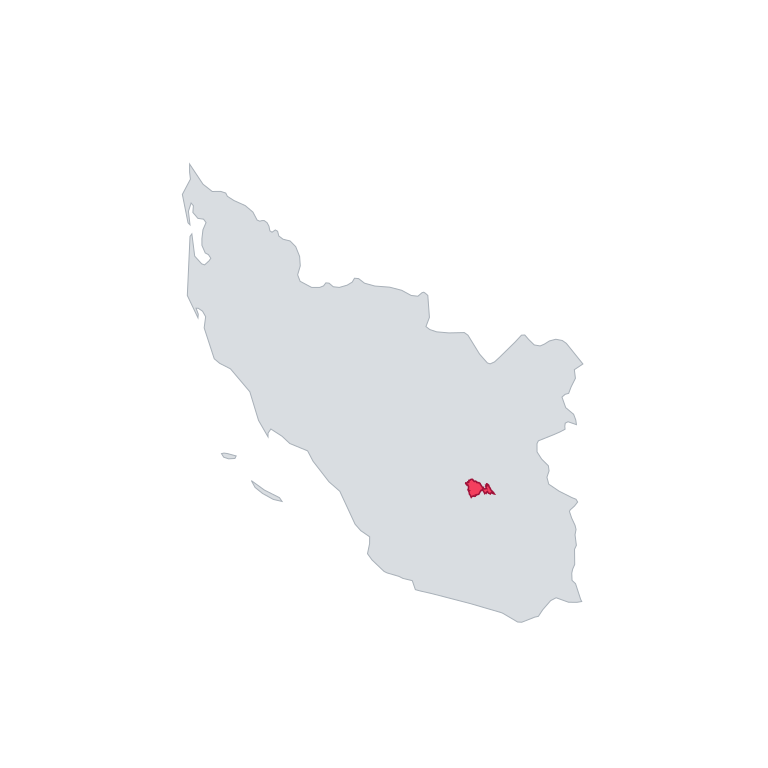 location of El Rosario, Comayagua, Honduras, rotated 234°
{"feature_id": "27666195B23416368136478", "entity_name": "El Rosario", "entity_type": "district", "adm_level": 2, "iso_a3": "HND", "parent_name": "Honduras", "parent_adm1": "Comayagua", "projection": "orthographic", "projection_center": [-87.754, 14.601], "detail": "fine", "context": "in_parent", "style": "filled", "palette": "rose", "viewbox_px": 768, "rotation_deg": 234, "n_neighbors": 0, "source": "geoboundaries", "source_scale": "gbopen_adm2", "svg_char_len": 6687}
<svg xmlns="http://www.w3.org/2000/svg" viewBox="0 0 768 768"><g transform="rotate(234 384 384)"><path d="M676.2,356.0L652.0,355.0L640.7,358.2L635.8,365.1L631.5,368.2L627.9,367.6L620.7,370.4L609.9,376.6L600.1,379.0L591.2,377.7L588.7,379.2L588.0,381.2L586.7,383.1L583.3,384.2L579.4,383.7L575.0,381.7L572.6,382.6L572.5,386.6L570.1,387.7L565.6,385.9L560.5,387.4L554.9,392.1L547.0,393.3L536.8,390.7L528.8,385.7L523.1,378.3L516.4,376.5L504.7,382.2L499.9,388.8L498.9,392.8L500.0,396.4L497.9,398.8L492.5,400.1L488.4,404.6L485.6,412.3L485.1,418.2L486.9,422.3L484.2,425.4L477.0,427.5L468.6,434.2L459.0,445.5L449.4,453.4L439.7,458.0L435.1,463.0L435.5,468.4L434.9,470.1L433.1,470.8L429.9,471.5L411.2,459.9L405.8,451.7L401.2,453.0L395.3,457.2L387.2,466.5L378.4,479.2L374.1,480.6L352.0,478.9L340.3,480.0L337.9,481.7L336.9,486.4L337.6,492.5L340.9,514.8L342.7,523.9L340.9,526.7L335.0,527.2L327.3,528.5L323.0,532.7L322.0,537.1L321.6,543.1L319.2,549.3L314.4,553.8L309.7,555.4L283.3,556.7L283.7,546.4L276.1,542.2L271.7,533.7L267.9,527.9L269.2,524.4L268.8,520.3L258.1,517.1L248.0,519.6L242.2,518.0L238.0,515.8L245.3,510.7L245.8,507.6L243.5,505.4L241.0,503.9L241.8,498.1L243.3,491.3L247.3,475.5L245.8,472.7L239.1,467.9L230.6,467.4L221.2,468.9L216.7,466.5L212.8,461.0L206.1,458.4L194.3,462.7L181.7,469.2L177.9,471.6L174.7,471.3L173.3,466.4L172.7,460.6L171.9,459.1L165.2,457.0L157.4,455.5L153.5,453.9L149.7,449.9L140.4,444.8L138.3,441.0L125.9,432.2L123.4,427.9L120.6,424.7L114.6,420.7L109.9,421.6L94.2,416.5L91.8,416.1L94.0,411.7L99.0,405.0L109.9,397.6L110.8,391.5L108.1,379.8L105.3,372.3L106.8,368.9L110.3,355.4L112.9,352.2L128.6,345.4L130.1,344.5L142.5,334.9L156.2,324.3L170.4,312.6L186.3,299.5L195.1,291.8L199.2,288.5L208.3,291.3L215.5,285.1L219.6,283.0L229.3,275.5L232.3,273.9L248.6,270.9L256.4,270.9L263.3,278.5L268.8,282.6L279.0,279.0L287.6,278.2L323.2,285.2L337.2,282.0L363.2,281.2L374.8,282.9L391.2,272.8L401.7,270.8L414.1,266.0L412.4,261.3L409.4,259.1L428.3,261.1L456.6,270.9L486.5,268.7L497.3,263.2L504.2,261.5L535.1,271.5L543.3,279.3L549.6,280.0L554.5,278.2L555.8,276.5L549.7,274.8L546.9,272.4L571.2,276.9L617.4,313.8L618.4,316.8L598.7,306.0L588.4,307.1L585.8,308.9L586.5,315.0L587.5,317.8L591.9,318.0L595.1,316.4L603.2,318.2L608.6,322.1L615.2,328.2L619.2,334.9L623.4,334.9L627.4,330.8L635.1,330.2L640.3,334.6L643.8,334.3L638.7,327.3L626.8,320.6L629.6,320.2L655.9,332.3L663.5,347.8L669.7,351.3L676.2,356.0ZM368.5,224.9L353.5,232.6L348.9,232.5L355.7,226.6L366.8,221.4L376.1,218.9L383.8,219.9L368.5,224.9ZM419.8,216.4L412.7,222.1L411.4,219.6L414.8,214.3L419.0,211.3L423.2,211.6L422.2,213.9L419.8,216.4Z" fill="#d9dde1" stroke="#a8b0b8" stroke-width="1"/><path d="M255.2,399.1L255.4,398.9L255.6,398.5L255.7,398.4L255.7,398.0L255.7,397.6L255.6,397.1L255.7,396.9L255.7,396.7L256.0,396.5L256.0,396.4L256.2,396.1L256.1,395.9L255.5,395.7L255.3,395.4L255.2,395.3L255.0,395.0L254.8,394.9L254.7,394.8L254.8,394.6L254.8,394.4L255.2,394.4L255.4,394.4L255.7,394.1L255.5,393.8L255.4,393.7L255.2,393.7L255.2,393.3L255.2,393.1L255.3,392.8L255.1,392.6L255.3,392.5L255.5,392.3L255.7,392.2L255.9,392.2L256.0,392.1L255.8,391.8L255.7,391.8L255.5,391.7L255.4,391.6L255.2,391.7L254.9,391.7L254.7,391.6L254.3,391.6L254.0,391.7L253.8,391.7L253.6,391.7L253.3,391.7L253.3,391.8L253.3,392.0L253.1,392.2L253.1,392.4L252.9,392.4L252.8,392.5L252.6,392.4L252.4,392.4L252.2,392.3L252.2,392.2L251.9,392.1L251.7,392.1L251.3,392.1L251.2,392.1L249.0,390.0L249.0,389.9L248.7,390.0L248.6,389.9L248.4,390.0L248.5,389.8L248.4,389.8L248.2,389.9L248.3,389.7L248.2,389.7L248.1,389.8L247.9,389.6L247.6,389.6L247.4,389.7L247.2,389.6L247.1,389.4L246.9,389.4L246.5,389.3L244.5,388.3L243.7,388.5L241.4,388.0L241.5,388.3L241.4,388.3L241.5,388.4L241.5,388.5L241.4,388.6L241.3,388.9L241.3,389.0L241.2,389.1L241.1,389.3L241.0,389.6L241.1,389.8L241.1,390.1L240.9,390.3L240.7,390.4L240.6,390.5L240.4,390.7L240.4,390.8L240.5,390.8L240.6,391.0L240.4,391.1L240.2,391.2L240.3,391.3L240.2,391.4L239.9,391.5L239.7,391.5L239.6,391.8L239.8,391.9L239.8,392.0L239.8,392.3L239.8,392.5L239.8,392.8L239.9,393.1L240.0,393.1L239.9,393.2L239.8,393.3L239.8,393.5L239.8,393.8L240.0,393.9L240.0,394.1L239.4,394.9L239.1,395.9L240.9,399.7L240.7,399.8L240.5,400.1L240.5,400.3L240.4,400.5L240.5,400.7L240.7,400.9L240.8,401.1L240.9,401.3L241.0,401.5L241.0,401.9L240.9,401.9L240.8,402.0L240.6,401.8L240.3,401.7L240.2,401.6L240.4,401.6L240.2,401.6L239.8,401.7L239.6,401.7L239.5,401.8L239.4,401.8L239.2,401.9L239.2,402.0L239.2,401.9L239.1,401.7L238.9,401.6L239.0,401.5L238.9,401.5L236.1,401.1L236.2,401.4L236.1,401.5L236.1,401.9L236.1,402.1L236.0,402.3L236.1,402.5L236.1,402.8L235.9,402.8L236.1,403.0L236.0,403.4L236.2,403.5L236.1,403.8L236.0,404.0L236.1,404.3L236.3,404.4L236.3,404.5L236.1,404.5L234.4,404.3L232.6,405.4L232.8,405.6L233.0,405.7L232.9,405.9L232.9,406.0L232.9,406.4L232.9,406.5L233.0,406.9L233.0,407.0L232.8,407.1L232.7,407.1L232.3,407.2L232.1,407.4L231.8,407.5L231.7,407.6L231.4,407.8L231.0,408.1L230.5,408.3L230.1,408.7L230.3,408.7L230.7,408.6L230.9,408.6L231.2,408.6L231.4,408.7L231.7,408.9L231.9,408.9L232.1,408.7L232.4,408.5L232.7,408.6L232.9,408.5L233.2,408.6L233.4,408.6L233.9,408.5L233.9,408.4L234.1,408.3L234.2,408.2L234.3,408.2L234.6,408.2L234.9,408.2L235.0,408.2L235.3,408.3L235.5,408.3L236.3,408.3L236.5,408.3L236.6,408.5L236.9,408.6L237.2,408.6L237.5,408.6L237.9,408.6L238.0,408.7L238.3,408.6L238.6,408.7L238.8,408.7L239.0,408.6L239.7,408.9L239.9,408.9L240.0,409.0L240.3,409.0L240.5,409.2L240.9,409.2L241.1,409.1L241.5,409.0L241.6,408.9L241.8,408.9L241.9,408.7L242.0,408.8L242.2,408.7L242.3,408.8L242.5,408.8L242.6,408.7L242.8,408.5L242.6,408.4L242.6,408.2L242.3,408.0L242.4,407.8L242.4,407.6L242.5,407.5L242.4,407.4L242.3,407.1L242.2,407.1L242.0,406.9L242.0,407.0L241.9,407.1L241.6,407.1L241.8,406.9L241.6,406.9L241.5,407.0L241.5,406.9L241.2,406.7L240.9,406.5L240.9,406.2L240.6,406.2L240.4,405.9L240.3,405.7L240.2,405.6L239.8,405.5L239.7,405.5L239.4,405.5L239.2,405.5L239.3,405.4L239.9,403.7L241.0,403.3L241.0,403.2L241.5,403.1L241.7,403.3L241.7,403.2L241.9,403.1L242.1,403.1L242.4,403.2L242.6,403.1L242.8,403.0L242.8,402.9L246.8,403.1L247.0,403.3L247.5,403.2L247.9,403.0L248.0,402.9L248.4,402.8L248.5,402.8L248.6,402.5L248.6,402.3L248.7,402.1L249.0,402.0L249.2,401.9L249.4,401.9L249.6,401.8L249.6,401.6L249.5,401.4L249.5,401.2L249.4,401.0L249.3,400.9L249.6,401.0L249.8,401.2L249.8,401.3L250.0,401.4L250.4,401.3L250.6,401.3L251.1,401.3L251.6,401.0L251.7,400.9L251.6,400.6L251.7,400.2L251.9,399.9L252.1,399.7L252.3,399.6L252.5,399.6L252.8,399.7L252.9,399.8L253.1,399.8L253.5,399.8L253.7,399.6L253.9,399.4L254.0,399.4L254.4,399.5L254.6,399.6L254.8,399.6L255.0,399.5L255.2,399.2L255.2,399.1Z" fill="#f43f5e" stroke="#9f1239" stroke-width="1.5"/></g></svg>